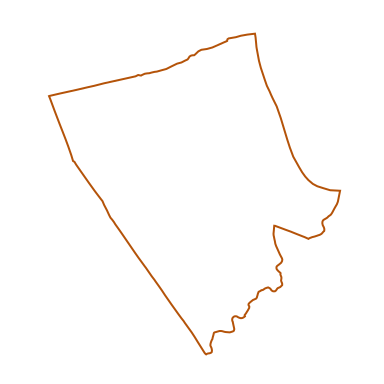 outline of Thi xa Hong Ngu, Ðong Tháp, Vietnam, rotated 183°
{"feature_id": "81297802B45020933584847", "entity_name": "Thi xa Hong Ngu", "entity_type": "district", "adm_level": 2, "iso_a3": "VNM", "parent_name": "Vietnam", "parent_adm1": "Ðong Tháp", "projection": "mercator", "projection_center": [105.358, 10.825], "detail": "fine", "context": "isolated", "style": "outline", "palette": "amber", "viewbox_px": 384, "rotation_deg": 183, "n_neighbors": 0, "source": "geoboundaries", "source_scale": "gbopen_adm2", "svg_char_len": 4217}
<svg xmlns="http://www.w3.org/2000/svg" viewBox="0 0 384 384"><g transform="rotate(183 192 192)"><path d="M137.4,353.4L144.9,352.1L151.4,350.6L156.3,348.9L163.4,347.3L164.5,346.5L164.8,345.5L164.8,344.7L179.2,337.4L184.6,335.6L190.1,334.5L193.0,332.8L196.1,329.5L197.0,328.7L198.4,328.6L200.0,328.2L201.5,327.2L202.8,324.9L203.4,324.1L205.7,322.9L209.3,320.8L213.6,319.4L219.2,316.3L224.1,313.5L228.4,312.1L233.4,310.4L235.7,310.0L238.8,309.1L240.8,308.4L243.1,308.1L245.4,307.6L248.1,306.2L249.0,305.6L251.9,306.0L254.2,304.7L254.3,304.6L268.7,300.6L285.7,295.9L295.3,292.9L301.8,291.1L313.2,287.8L328.8,283.5L339.6,280.4L339.8,280.3L338.6,277.8L333.3,265.5L327.8,253.1L324.4,245.6L321.2,238.5L318.0,231.1L314.5,222.5L312.4,216.7L311.0,216.0L309.1,213.2L304.2,206.9L295.5,195.8L289.4,188.2L287.4,185.8L282.9,180.5L280.9,178.2L279.1,174.5L275.9,169.1L273.6,164.7L272.1,162.1L270.3,160.2L268.4,157.9L266.9,155.7L263.3,151.2L259.8,146.7L245.8,128.4L242.2,123.8L234.8,114.7L234.4,114.3L227.7,105.6L224.8,102.2L224.0,101.1L220.4,96.6L216.9,92.1L213.6,87.6L210.1,83.1L209.0,81.7L206.6,78.6L203.0,74.1L199.5,69.7L195.9,65.3L193.6,62.7L192.3,60.9L188.6,56.3L184.9,51.7L181.7,47.3L178.6,42.8L175.5,38.4L171.0,32.0L170.4,31.4L169.9,30.9L169.4,30.6L169.1,30.9L168.5,31.2L167.5,31.6L165.9,31.9L164.9,32.3L164.0,33.0L163.8,34.2L163.8,35.1L164.3,37.0L164.7,37.9L165.2,38.8L165.5,39.4L165.6,39.8L165.6,40.9L165.5,41.7L165.3,42.6L164.9,44.0L164.4,45.4L164.0,46.0L163.8,47.2L163.6,48.3L163.1,50.4L162.9,51.7L162.8,52.2L162.6,52.6L162.4,52.8L161.8,53.1L160.5,53.5L159.1,54.0L157.3,54.6L156.3,54.7L155.5,54.7L154.6,54.6L154.1,54.5L152.4,54.1L151.0,53.9L146.9,53.8L143.9,54.9L142.9,55.7L142.6,57.3L143.1,59.2L143.6,61.0L144.6,64.8L145.0,65.4L145.1,66.0L145.2,66.6L145.1,67.8L144.8,68.5L144.1,69.3L143.5,69.8L142.8,70.1L141.9,70.2L141.4,70.2L140.9,70.1L140.3,69.9L139.7,69.5L138.8,69.1L137.9,68.8L137.0,68.6L136.0,68.6L135.2,68.8L134.2,69.3L133.5,69.8L133.0,70.3L132.6,70.6L133.0,71.5L133.0,71.8L131.7,73.7L130.7,75.6L130.2,76.4L129.6,77.6L128.8,79.3L128.8,80.8L129.5,81.7L129.7,82.5L129.6,83.2L128.7,84.4L127.0,86.0L125.4,87.4L124.3,87.9L122.4,88.9L121.7,90.0L121.6,90.7L121.4,91.5L121.2,92.2L121.1,92.8L120.9,93.8L120.7,94.3L120.6,94.8L120.4,95.5L120.1,95.9L119.9,96.0L119.5,96.2L118.8,96.6L118.0,97.1L117.6,97.6L117.1,97.6L116.1,97.9L115.0,98.7L114.6,99.1L113.8,99.6L112.7,100.1L112.1,100.3L111.5,100.5L111.0,100.7L109.6,100.1L109.1,99.8L108.6,99.4L108.2,98.9L107.5,98.0L106.6,97.4L105.8,97.1L105.0,97.1L104.0,97.2L103.1,97.9L102.5,98.8L101.8,100.0L101.7,100.1L101.3,100.5L100.7,100.8L99.7,101.3L98.9,101.7L97.8,102.9L97.1,103.7L97.1,104.9L97.4,105.9L97.9,106.8L98.0,107.1L98.3,107.8L98.4,108.4L98.3,109.2L98.2,110.6L98.3,111.7L98.7,112.6L99.2,113.7L99.4,114.3L99.3,115.6L99.7,116.0L101.5,117.4L103.1,119.0L103.5,119.7L103.7,120.6L103.7,121.2L103.6,121.9L103.0,122.7L101.1,124.3L99.2,126.1L98.4,127.8L98.3,129.4L98.7,130.5L101.0,134.3L103.8,139.8L105.1,142.3L106.1,144.7L106.7,147.4L107.1,148.7L107.8,151.5L108.2,152.9L108.4,154.4L108.4,155.1L108.3,157.2L108.1,162.6L106.9,162.5L106.5,162.3L105.5,162.0L103.9,161.5L102.6,161.1L96.6,159.2L91.0,157.5L89.9,157.1L84.9,155.4L80.4,153.9L79.2,153.5L77.3,152.9L74.0,151.6L73.2,151.3L72.7,151.8L72.1,152.1L71.3,152.5L70.5,152.8L69.7,153.2L68.0,153.7L66.8,154.1L65.8,154.5L64.5,155.0L63.6,155.4L62.7,155.7L61.7,156.2L61.1,156.6L60.5,157.0L59.9,157.7L59.5,158.2L59.0,158.9L58.4,159.6L58.0,159.9L57.9,160.4L57.9,161.0L57.9,161.7L58.0,162.3L58.4,163.4L58.7,164.0L59.4,165.2L59.7,165.7L59.9,166.5L60.1,167.1L60.2,167.6L60.2,168.2L60.2,168.9L60.1,169.4L59.9,170.0L59.6,170.5L59.2,171.0L58.2,171.7L57.7,172.0L56.5,172.8L56.0,173.2L55.5,173.5L55.1,174.0L54.9,174.3L54.2,175.0L53.0,175.9L52.1,176.7L51.0,178.5L50.2,180.2L49.0,182.8L48.0,184.8L46.7,187.3L45.9,189.7L45.8,190.1L44.2,201.0L44.8,201.0L47.4,201.0L50.2,201.0L54.1,201.0L61.1,202.7L67.2,204.3L68.7,205.0L71.7,206.4L76.3,209.9L79.7,213.3L83.0,217.4L86.2,222.2L91.5,230.6L92.7,232.5L96.0,240.1L96.5,241.2L99.6,249.3L107.2,270.4L111.9,281.9L116.3,289.7L118.2,293.3L119.7,296.4L122.8,302.0L125.0,307.4L129.8,319.7L132.0,326.6L134.8,338.3L135.2,340.1L135.7,343.6L136.6,349.7L137.4,353.4Z" fill="none" stroke="#b45309" stroke-width="2"/></g></svg>